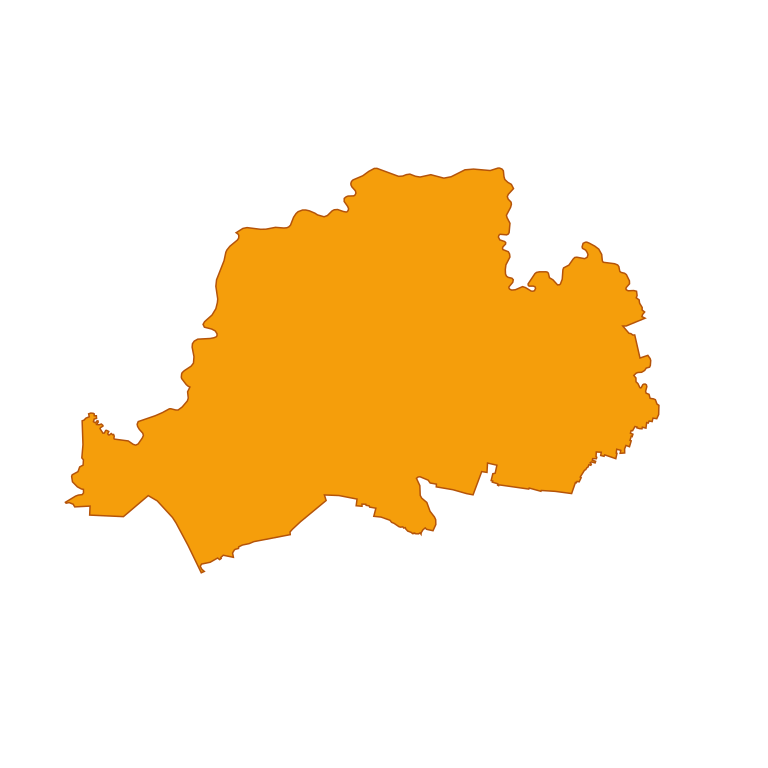 outline of My Xuyen, Sóc Trăng, Vietnam, rotated 202°
{"feature_id": "81297802B12004492777163", "entity_name": "My Xuyen", "entity_type": "district", "adm_level": 2, "iso_a3": "VNM", "parent_name": "Vietnam", "parent_adm1": "Sóc Trăng", "projection": "albers", "projection_center": [105.88, 9.468], "detail": "fine", "context": "isolated", "style": "filled", "palette": "amber", "viewbox_px": 768, "rotation_deg": 202, "n_neighbors": 0, "source": "geoboundaries", "source_scale": "gbopen_adm2", "svg_char_len": 6171}
<svg xmlns="http://www.w3.org/2000/svg" viewBox="0 0 768 768"><g transform="rotate(202 384 384)"><path d="M283.6,266.3L283.3,273.1L285.2,277.5L287.4,279.6L293.6,283.2L299.9,290.2L306.3,292.3L308.7,294.3L312.7,303.2L318.6,308.7L317.5,310.6L315.9,311.5L307.1,311.4L304.1,309.5L297.9,310.8L297.0,308.2L280.5,311.8L266.4,313.3L259.9,314.6L260.6,339.4L255.4,340.6L258.4,349.5L248.9,351.0L247.5,342.9L249.5,341.6L248.5,334.6L246.9,334.8L246.8,333.6L241.1,334.1L240.8,332.8L239.6,332.7L239.6,333.5L237.5,334.1L210.4,340.8L210.4,341.9L198.3,343.3L198.3,344.2L185.0,348.6L169.0,352.7L169.6,364.4L168.7,364.4L168.5,366.0L166.4,366.4L166.1,371.0L167.2,371.2L165.8,379.1L164.9,380.1L164.5,382.5L163.7,383.4L163.8,385.9L161.8,386.1L161.7,387.3L163.3,388.1L162.6,389.4L158.7,389.9L158.8,391.6L162.3,391.4L162.6,393.0L159.1,394.3L159.3,395.8L160.2,396.1L161.7,400.5L157.0,402.1L156.3,398.9L152.9,399.4L152.9,400.9L152.3,401.0L141.1,401.6L142.0,407.0L142.8,406.9L143.8,410.7L139.6,411.2L139.1,408.2L135.0,410.2L136.6,414.0L136.6,417.7L132.9,417.8L133.5,423.9L134.8,423.9L135.2,428.3L134.2,428.2L134.4,430.7L137.1,430.7L137.4,433.4L136.0,433.8L135.4,438.6L133.3,438.9L133.1,438.1L130.5,438.3L128.0,439.1L128.3,440.7L124.6,441.2L126.0,446.6L124.4,446.7L124.3,449.0L121.3,449.6L121.8,453.1L118.1,454.0L117.9,458.6L121.1,467.2L123.4,467.7L126.5,471.1L128.5,471.2L131.9,470.4L134.4,473.7L137.5,473.7L138.7,475.2L139.3,480.0L140.4,481.5L141.9,481.8L143.3,481.0L143.8,480.2L144.1,477.1L144.5,476.5L145.4,476.5L148.7,479.5L151.2,480.5L152.7,484.0L155.6,485.5L154.2,488.6L152.9,489.8L149.5,491.4L147.4,494.2L146.8,497.0L144.1,499.1L144.0,501.0L145.5,505.7L146.8,507.3L150.1,509.4L156.4,504.0L169.9,523.4L171.6,522.6L173.9,523.2L175.9,522.8L184.3,527.2L181.2,528.5L166.6,542.8L170.1,543.1L170.3,545.3L169.3,548.4L172.4,549.3L173.3,551.7L177.3,554.7L179.0,557.6L182.4,558.4L182.5,560.9L184.6,564.6L187.5,564.2L192.5,561.9L194.6,562.1L195.4,562.9L195.5,564.3L193.9,568.9L195.1,571.6L200.2,576.2L202.4,576.8L206.0,576.3L207.5,576.7L210.3,580.9L212.0,581.9L215.3,581.9L226.3,579.0L227.7,580.0L230.7,585.7L235.4,589.5L240.2,590.8L246.5,591.5L249.1,591.5L250.4,590.9L252.1,589.0L251.7,585.3L250.7,584.1L247.2,583.7L244.8,582.0L243.3,580.3L243.1,577.6L244.9,575.4L252.7,573.8L254.5,572.8L255.4,570.8L257.1,563.5L261.0,558.9L260.9,556.9L258.0,547.9L257.9,542.9L258.4,541.8L260.2,540.9L266.4,543.9L270.4,544.5L273.1,548.3L274.3,548.9L275.9,548.7L282.0,546.2L284.4,544.6L285.4,542.9L287.9,530.8L287.3,529.6L286.1,529.1L282.3,530.7L280.4,530.7L279.3,529.5L279.4,526.9L280.7,525.8L282.3,525.3L288.9,526.4L292.0,526.2L297.5,520.6L300.8,518.9L303.1,519.0L304.3,520.0L304.5,521.0L302.7,526.5L303.2,529.1L305.0,530.0L308.8,529.4L310.9,529.9L312.6,531.6L314.4,535.6L315.6,540.1L314.8,548.9L316.3,551.6L318.3,553.2L324.2,553.2L325.0,554.4L325.1,555.7L323.7,559.3L324.2,560.8L325.6,561.3L330.6,561.0L333.0,563.1L333.2,564.8L332.5,566.3L326.2,568.2L325.0,569.5L324.7,571.2L327.4,580.2L332.3,584.4L333.7,586.3L332.8,595.2L333.2,598.4L334.3,600.2L338.2,602.0L339.9,604.0L339.8,606.5L337.1,613.7L340.7,616.8L344.8,617.4L348.6,618.9L350.5,621.3L353.2,626.4L355.1,627.5L357.7,627.5L359.2,626.9L365.5,621.7L381.5,616.8L389.2,612.9L399.4,601.3L405.6,597.3L419.0,595.6L428.1,589.4L432.6,588.4L438.6,588.3L441.7,586.5L444.7,583.7L448.3,582.0L471.3,581.3L473.8,580.2L477.8,575.4L481.7,569.1L489.2,561.6L490.0,559.7L489.9,557.7L489.2,556.2L487.6,554.7L482.9,552.4L481.5,550.4L481.7,548.3L482.5,547.1L487.7,544.8L489.2,543.4L490.4,541.2L489.3,538.3L484.2,535.0L482.6,533.4L482.2,531.5L482.8,529.8L483.4,529.3L486.5,528.7L492.4,528.4L495.4,526.9L497.0,525.0L499.6,519.0L502.2,516.6L509.0,515.9L512.0,516.5L518.1,516.6L521.8,516.0L524.7,514.8L528.2,511.6L529.4,509.1L530.3,504.7L530.2,496.2L531.2,493.9L532.7,492.4L535.3,491.1L543.3,488.6L551.5,483.3L556.4,481.2L569.6,477.7L573.1,475.4L577.8,468.9L575.2,468.2L574.2,467.2L573.4,464.7L573.9,462.5L578.5,454.0L579.9,449.3L580.0,446.9L578.5,438.5L578.3,417.9L576.5,411.6L570.0,400.5L569.0,397.1L568.1,390.8L569.3,383.5L573.7,374.6L574.1,371.5L571.8,369.4L564.4,370.4L560.4,370.0L557.6,368.0L556.9,366.1L557.3,364.8L559.1,363.1L562.2,361.1L573.5,355.8L576.0,352.7L576.7,349.6L575.7,346.3L570.4,338.1L568.5,332.0L569.5,328.3L574.2,321.5L575.4,318.9L575.4,317.5L574.5,314.4L573.6,313.2L567.2,309.4L564.9,308.6L562.8,308.5L563.2,303.2L560.2,297.6L560.0,294.6L562.5,287.1L565.1,282.8L567.3,281.9L572.4,281.2L573.7,280.6L579.0,274.2L584.2,268.9L597.8,257.1L597.8,254.2L596.5,252.3L593.9,250.3L589.2,248.0L587.8,246.1L587.9,243.3L589.5,236.3L591.3,234.3L593.9,234.1L599.8,235.4L613.4,231.9L614.1,232.5L614.6,234.6L615.8,235.9L616.5,235.3L618.4,235.9L619.4,234.0L620.4,233.6L621.5,234.3L621.4,236.9L623.9,237.1L624.6,236.7L624.9,233.8L626.1,233.1L630.6,236.2L630.5,237.3L628.8,239.7L629.1,240.3L631.1,241.0L633.0,239.4L635.3,238.8L634.7,241.7L635.5,242.7L636.4,242.1L636.9,239.9L639.3,240.2L639.6,243.0L637.6,244.4L638.8,246.8L640.7,246.0L641.6,247.8L642.6,247.9L645.0,247.2L646.7,245.7L645.0,243.2L647.6,240.7L648.7,238.0L650.1,236.8L640.4,215.0L636.5,202.3L634.3,201.1L632.6,196.1L635.1,193.1L634.9,188.1L639.1,183.0L639.0,181.3L636.2,176.6L629.8,173.8L625.3,173.3L623.2,173.7L621.8,170.4L622.4,168.4L625.8,166.5L628.0,164.5L635.1,155.0L634.1,154.4L631.5,156.1L627.2,156.1L624.7,154.2L610.8,160.7L607.8,152.2L575.9,163.4L560.8,192.2L550.5,190.7L530.1,181.0L524.7,177.2L505.2,160.9L482.7,140.5L480.4,142.9L483.5,144.0L486.1,146.2L485.7,148.7L478.4,153.6L473.1,160.3L470.6,159.6L469.6,161.3L470.3,162.0L468.9,165.0L458.7,166.9L461.1,170.6L460.6,174.0L460.0,175.0L457.3,177.0L457.7,178.6L454.9,181.7L449.2,185.5L445.6,189.1L414.5,209.2L415.7,211.6L414.5,215.0L409.8,225.1L394.0,254.3L397.7,258.8L384.0,263.7L365.9,267.2L364.2,260.7L358.6,262.4L359.4,264.4L355.8,265.7L355.1,264.8L352.2,265.5L351.2,264.5L345.0,265.8L343.9,257.5L336.9,259.5L327.4,259.9L325.2,258.6L322.5,258.6L316.7,257.3L314.9,257.5L313.1,258.6L311.7,257.8L310.5,258.8L309.6,257.8L306.9,256.5L303.3,256.6L301.4,256.0L300.8,256.7L300.2,256.5L299.7,257.3L298.5,257.0L295.9,258.0L294.7,259.5L293.4,258.6L293.8,260.0L293.3,263.3L291.9,266.0L290.2,265.2L283.6,266.3Z" fill="#f59e0b" stroke="#b45309" stroke-width="1.5"/></g></svg>